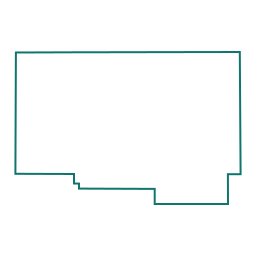 Lincoln, Idaho, United States of America
{"feature_id": "52423323B80872944248588", "entity_name": "Lincoln", "entity_type": "district", "adm_level": 2, "iso_a3": "USA", "parent_name": "United States of America", "parent_adm1": "Idaho", "projection": "orthographic", "projection_center": [-114.171, 42.982], "detail": "fine", "context": "isolated", "style": "outline", "palette": "teal", "viewbox_px": 256, "rotation_deg": 0, "n_neighbors": 0, "source": "geoboundaries", "source_scale": "gbopen_adm2", "svg_char_len": 295}
<svg xmlns="http://www.w3.org/2000/svg" viewBox="0 0 256 256"><path d="M15.9,52.5L15.4,173.8L74.0,174.0L74.0,183.5L79.0,183.6L79.0,188.6L154.7,188.9L154.7,204.0L185.0,204.0L228.0,204.0L227.9,174.2L240.6,174.2L239.8,52.0L71.8,52.3L15.9,52.5Z" fill="none" stroke="#0f766e" stroke-width="2"/></svg>